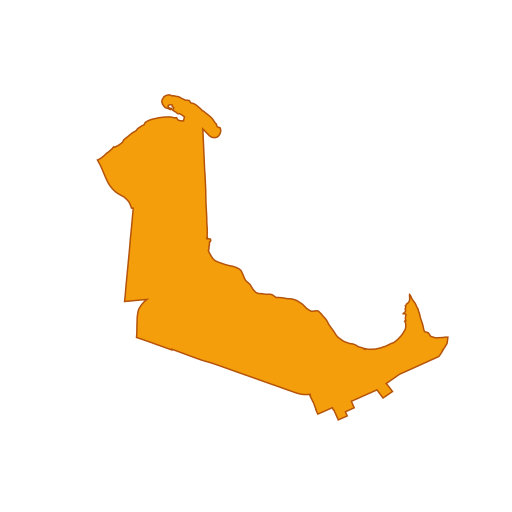 Perth, Western Australia, Australia (Natural Earth projection), rotated 246°
{"feature_id": "25037944B64781294564969", "entity_name": "Perth", "entity_type": "district", "adm_level": 2, "iso_a3": "AUS", "parent_name": "Australia", "parent_adm1": "Western Australia", "projection": "natural_earth1", "projection_center": [115.852, -31.966], "detail": "fine", "context": "isolated", "style": "filled", "palette": "amber", "viewbox_px": 512, "rotation_deg": 246, "n_neighbors": 0, "source": "geoboundaries", "source_scale": "gbopen_adm2", "svg_char_len": 6103}
<svg xmlns="http://www.w3.org/2000/svg" viewBox="0 0 512 512"><g transform="rotate(246 256 256)"><path d="M218.9,125.8L216.4,128.3L213.3,131.6L204.4,140.9L205.1,141.2L188.1,158.6L182.8,164.2L175.5,172.8L139.8,210.4L114.2,237.4L112.2,239.9L111.0,241.6L110.0,243.4L109.1,245.2L108.3,247.2L107.7,249.2L106.9,249.0L107.1,248.6L104.7,248.5L99.1,248.8L97.8,248.8L91.5,248.4L91.5,248.2L86.5,248.1L86.4,249.6L86.4,264.0L84.1,264.0L83.5,264.5L72.8,264.5L72.8,274.3L77.3,274.3L77.4,284.0L84.5,284.0L84.5,311.2L84.6,312.0L74.6,314.3L76.7,325.6L85.0,323.6L86.5,323.0L89.5,338.5L89.6,340.6L89.8,381.7L90.0,382.4L91.1,384.4L93.5,388.0L94.0,387.9L94.3,388.2L94.4,388.5L94.3,388.9L98.0,394.5L98.7,395.2L103.8,398.3L104.4,397.1L105.0,395.5L105.6,393.3L106.6,390.9L107.7,387.9L108.2,386.8L108.9,385.9L111.3,383.2L111.6,383.0L112.7,382.6L113.6,382.6L115.6,382.2L116.8,381.1L117.6,380.0L118.1,379.5L118.5,379.3L119.4,379.2L120.3,379.3L125.6,380.4L128.7,380.7L132.2,381.0L137.5,382.0L139.0,382.0L142.1,382.5L142.7,382.3L143.4,382.2L147.0,382.2L148.4,382.1L149.3,381.8L150.6,381.6L152.9,381.1L154.0,381.0L156.0,381.1L157.7,380.9L158.3,380.6L157.8,380.3L154.4,379.0L153.8,378.7L152.7,377.9L152.4,377.6L151.5,376.4L151.2,375.4L151.2,375.2L151.0,374.2L150.9,374.0L150.5,373.7L150.2,373.4L149.9,372.2L148.3,372.0L147.8,371.6L147.5,371.2L146.8,370.6L146.3,370.6L145.9,370.7L145.1,370.3L144.5,369.7L144.0,368.8L143.6,367.3L143.6,367.0L143.4,366.9L143.1,367.3L142.9,368.0L142.4,368.8L141.6,369.3L141.1,369.0L140.2,368.2L139.0,367.5L137.9,366.9L135.8,366.5L136.1,365.6L136.1,365.4L135.9,365.2L135.4,365.4L134.0,365.4L133.2,365.2L131.2,364.4L129.6,363.5L128.5,362.7L127.8,362.0L126.4,359.8L126.0,359.4L125.1,358.0L124.6,357.0L124.1,356.2L122.7,352.9L122.1,351.4L121.1,347.8L120.9,346.4L121.0,344.7L121.1,344.3L120.9,339.2L120.9,336.8L121.2,335.3L121.3,332.9L122.1,328.8L122.4,327.3L122.8,326.0L123.4,325.0L123.6,324.0L124.6,321.7L125.3,320.4L126.8,318.3L126.3,317.6L126.8,317.1L127.2,317.7L128.1,316.6L128.5,316.0L129.5,315.1L130.7,313.4L132.4,311.9L133.8,311.1L135.5,309.5L136.1,308.9L138.2,305.7L141.5,302.2L143.0,301.0L147.8,298.2L148.8,297.7L150.8,297.1L156.5,296.2L163.5,294.7L165.3,294.6L166.4,294.6L169.3,294.2L170.9,293.8L174.0,292.7L175.9,292.3L180.0,290.7L180.6,290.3L181.1,289.5L181.6,288.2L182.1,286.8L182.5,285.2L183.0,284.1L184.4,282.9L187.7,280.8L189.3,280.3L190.4,279.8L191.2,279.6L193.3,278.7L198.7,275.2L199.3,274.6L199.7,274.1L200.2,273.7L202.0,271.5L202.7,270.4L204.2,267.4L207.1,263.1L208.9,259.8L209.8,257.7L210.2,257.3L212.8,255.8L213.9,255.1L214.8,254.1L215.4,253.2L216.6,250.4L216.8,249.9L217.5,248.6L219.3,245.9L220.4,243.6L221.2,242.4L221.7,242.0L222.7,241.2L223.6,240.7L225.0,240.3L227.1,239.6L228.0,239.6L230.0,239.2L231.2,239.2L232.5,238.9L234.8,238.0L236.5,237.1L238.0,236.6L240.1,236.4L243.5,236.5L247.5,236.5L248.6,236.4L249.9,235.9L250.6,235.6L252.4,234.3L253.6,233.2L254.7,232.1L256.2,230.4L257.9,227.9L260.6,224.5L265.8,219.0L267.8,217.2L269.0,216.4L270.4,215.8L272.3,215.3L273.6,215.1L277.6,214.7L280.3,214.7L280.3,214.8L281.5,215.8L282.7,216.5L283.0,216.5L283.6,216.7L283.9,216.7L284.3,217.5L287.8,219.3L287.7,219.9L287.8,220.0L288.1,220.4L288.5,220.6L288.4,220.8L288.6,221.0L289.3,221.2L289.8,221.2L290.4,220.9L290.7,220.5L290.8,219.9L291.4,218.8L291.3,218.7L291.6,218.5L291.8,218.2L292.0,218.1L292.2,218.8L292.8,219.1L292.8,218.8L293.6,219.3L295.3,220.0L297.7,221.3L299.5,221.9L300.6,222.5L306.4,224.6L310.8,226.5L325.4,232.1L337.0,237.0L351.3,242.6L354.8,243.8L393.7,259.1L391.5,260.0L390.4,260.3L385.5,262.1L383.8,262.9L383.3,263.2L382.3,264.2L381.3,265.5L381.0,266.2L380.7,267.1L380.6,267.8L380.5,269.4L380.7,270.1L381.0,270.8L381.4,271.5L382.6,273.2L384.2,274.4L384.7,274.7L386.8,275.3L387.6,275.3L388.0,275.2L388.4,274.8L388.6,274.2L388.9,273.8L389.6,273.4L390.6,273.1L391.3,273.1L392.4,273.5L392.9,273.4L393.7,272.9L398.0,272.2L399.3,271.9L400.5,271.5L403.8,270.0L405.5,269.1L407.4,268.0L408.9,267.4L409.6,267.0L410.4,266.2L413.4,265.1L414.3,264.6L416.6,263.6L419.1,262.2L420.8,260.8L421.6,259.8L422.0,259.1L422.4,258.8L423.1,258.5L424.3,258.5L425.2,258.2L426.5,256.2L426.8,255.2L427.1,254.9L430.7,251.8L432.3,250.7L433.1,250.0L434.3,248.0L436.1,245.7L436.4,244.4L436.7,244.1L437.8,243.2L438.2,242.7L438.8,241.5L439.2,239.0L439.0,236.8L438.9,236.6L437.9,235.3L437.2,234.1L435.9,233.1L435.2,232.7L434.0,232.5L432.5,232.4L430.3,232.8L428.5,233.4L427.9,234.0L426.6,235.6L425.1,236.8L424.6,237.3L424.4,237.9L424.5,238.4L424.8,238.7L425.1,238.7L425.3,238.7L426.2,237.3L427.2,236.7L427.9,236.5L428.3,236.6L428.6,236.6L429.1,237.1L429.3,237.5L429.3,237.9L429.1,238.9L428.9,239.6L428.2,240.7L427.8,240.9L427.4,240.8L427.1,240.5L426.6,240.3L425.3,241.0L424.8,241.1L424.4,241.0L424.2,240.8L424.0,240.4L424.0,239.9L424.1,239.5L424.0,239.3L423.6,239.2L422.9,239.3L420.2,241.2L418.0,242.3L417.6,242.7L417.1,244.1L416.9,244.3L414.8,245.8L413.2,246.6L412.4,247.3L408.9,244.7L410.3,242.0L410.7,241.4L411.6,240.4L412.6,239.8L413.6,239.8L414.7,239.7L414.8,239.4L415.4,237.8L415.7,237.2L416.9,235.8L418.0,234.0L418.7,232.6L420.5,227.9L422.0,222.9L422.2,221.5L423.2,216.7L423.5,213.3L423.4,212.7L423.4,211.6L423.1,209.4L422.7,208.6L421.3,206.8L421.4,204.5L421.2,204.0L420.8,201.1L420.4,199.6L419.2,197.3L419.0,195.2L418.7,192.6L418.2,191.1L417.9,189.6L417.3,187.8L416.6,184.7L415.7,182.0L414.8,181.2L414.2,180.3L413.6,178.3L413.5,177.3L413.2,176.6L413.1,174.9L412.9,173.4L413.0,172.3L412.8,171.9L412.8,171.7L413.0,170.9L413.6,170.6L413.2,169.4L412.5,168.2L411.8,166.0L410.9,163.0L410.7,161.4L409.5,158.3L409.2,157.0L408.6,155.1L408.1,151.7L408.2,150.2L402.3,150.7L397.6,150.7L388.7,150.5L384.1,150.6L381.8,150.8L379.4,151.2L375.9,152.1L373.8,152.9L371.5,153.9L369.8,154.9L368.3,155.9L364.2,159.0L363.0,159.7L360.3,160.9L358.2,161.6L357.1,161.9L354.2,162.0L352.1,161.9L350.4,161.7L349.6,163.3L331.0,152.9L325.1,149.5L311.7,142.1L279.3,123.8L273.2,120.5L267.9,117.4L260.7,138.7L260.1,136.4L259.4,134.5L258.4,132.4L257.2,130.2L255.4,127.6L253.6,125.9L250.9,124.1L248.6,122.7L242.3,119.6L233.7,115.6L230.2,113.7L225.5,118.8L223.7,120.7L218.9,125.8Z" fill="#f59e0b" stroke="#b45309" stroke-width="1.5"/></g></svg>